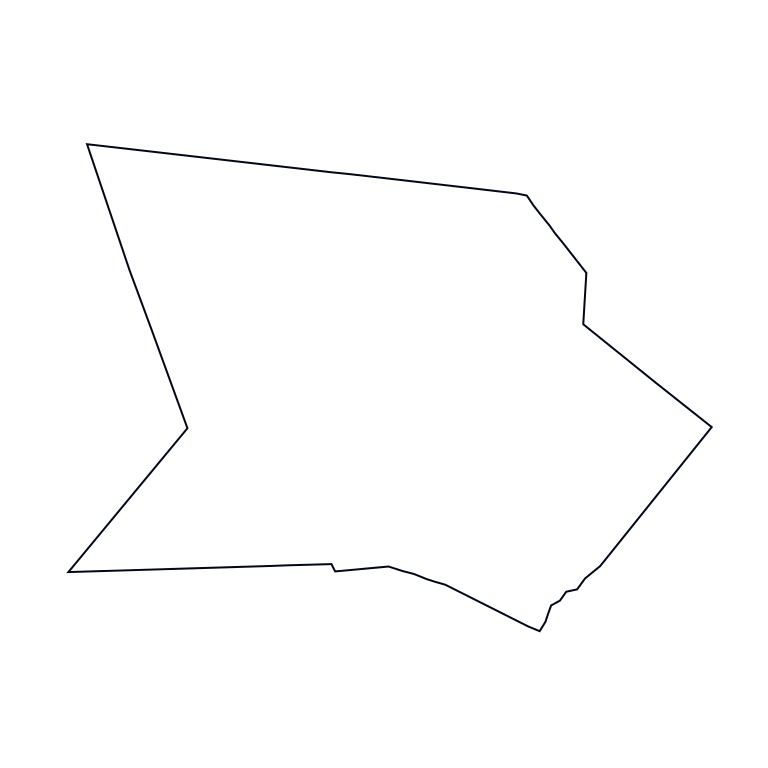 Rio Largo, Alagoas, Brazil, rotated 267°
{"feature_id": "56859067B27128129114262", "entity_name": "Rio Largo", "entity_type": "district", "adm_level": 2, "iso_a3": "BRA", "parent_name": "Brazil", "parent_adm1": "Alagoas", "projection": "robinson", "projection_center": [-35.887, -9.482], "detail": "fine", "context": "isolated", "style": "outline", "palette": "ink", "viewbox_px": 768, "rotation_deg": 267, "n_neighbors": 0, "source": "geoboundaries", "source_scale": "gbopen_adm2", "svg_char_len": 645}
<svg xmlns="http://www.w3.org/2000/svg" viewBox="0 0 768 768"><g transform="rotate(267 384 384)"><path d="M129.0,526.5L138.1,532.8L145.3,535.6L154.1,539.3L158.5,548.4L167.0,555.1L168.8,566.1L179.3,574.6L190.9,590.4L323.8,709.0L370.8,655.7L433.2,586.1L484.3,591.9L513.7,571.3L525.5,562.7L533.7,557.5L545.4,549.0L554.2,542.8L564.7,536.5L567.3,526.5L569.9,511.3L595.4,360.7L598.3,341.8L639.0,100.0L511.1,135.8L449.6,155.0L350.1,185.4L212.7,59.0L208.2,262.1L208.0,277.3L206.9,322.1L199.4,325.4L201.5,378.9L196.3,392.6L192.7,404.0L187.1,416.0L183.8,424.6L180.4,434.6L134.4,515.2L129.0,526.5Z" fill="none" stroke="#020617" stroke-width="2"/></g></svg>